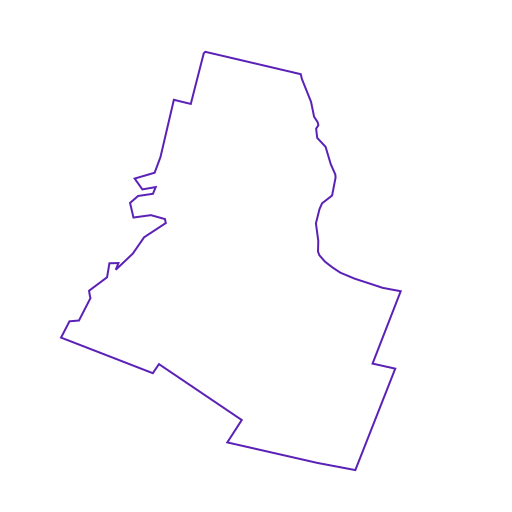 outline of Oswego, New York, United States of America, rotated 106°
{"feature_id": "52423323B56598235469590", "entity_name": "Oswego", "entity_type": "district", "adm_level": 2, "iso_a3": "USA", "parent_name": "United States of America", "parent_adm1": "New York", "projection": "albers", "projection_center": [-76.226, 43.431], "detail": "fine", "context": "isolated", "style": "outline", "palette": "violet", "viewbox_px": 512, "rotation_deg": 106, "n_neighbors": 0, "source": "geoboundaries", "source_scale": "gbopen_adm2", "svg_char_len": 928}
<svg xmlns="http://www.w3.org/2000/svg" viewBox="0 0 512 512"><g transform="rotate(106 256 256)"><path d="M434.4,101.5L325.9,91.1L327.3,114.3L250.0,107.2L251.7,125.4L250.6,154.9L248.8,170.2L246.0,179.1L242.5,188.0L237.8,195.3L234.7,197.6L224.3,200.3L208.1,207.4L193.4,207.9L187.1,207.0L177.0,199.6L176.1,199.6L158.8,201.1L155.8,202.2L147.2,209.4L131.9,219.2L125.6,229.7L117.0,233.3L113.1,232.1L110.4,233.6L106.1,238.6L103.7,239.8L92.6,245.6L73.3,260.6L68.9,263.1L73.7,361.0L75.6,362.1L127.8,360.6L128.5,378.0L187.2,375.1L203.9,376.4L215.0,394.0L223.3,383.6L217.4,371.4L224.6,372.2L230.8,385.9L239.7,391.7L252.8,384.4L245.7,368.3L245.6,353.7L249.2,351.8L268.8,368.7L287.7,375.1L307.9,387.0L300.7,386.3L303.4,394.9L317.5,393.3L335.4,406.9L340.5,404.5L342.0,403.5L366.8,408.4L370.2,417.3L388.2,420.9L397.1,322.9L386.7,319.5L417.6,224.5L443.1,232.2L438.0,139.7L434.4,101.5Z" fill="none" stroke="#5b21b6" stroke-width="2"/></g></svg>